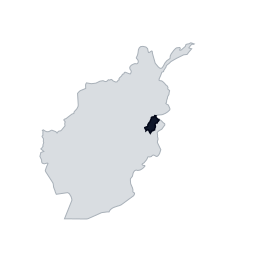 Afghanistan, with Paktya highlighted, rotated 338°
{"feature_id": "AFG-3413", "entity_name": "Paktya", "entity_type": "Province", "adm_level": 1, "iso_a3": "AFG", "parent_name": "Afghanistan", "parent_adm1": "", "projection": "orthographic", "projection_center": [69.398, 33.616], "detail": "fine", "context": "in_parent", "style": "filled", "palette": "ink", "viewbox_px": 256, "rotation_deg": 338, "n_neighbors": 0, "source": "natural_earth", "source_scale": "10m", "svg_char_len": 5191}
<svg xmlns="http://www.w3.org/2000/svg" viewBox="0 0 256 256"><g transform="rotate(338 128 128)"><path d="M115.1,74.4L119.6,74.1L122.6,74.8L124.2,76.4L125.7,76.8L127.3,76.1L128.2,76.0L128.6,76.5L129.4,76.7L130.5,76.6L131.2,77.1L131.3,78.0L132.2,79.2L133.7,80.7L135.1,81.1L136.9,80.0L137.6,80.1L137.9,79.8L138.1,78.9L139.2,78.2L141.2,77.5L142.3,76.8L142.7,76.3L143.4,76.1L144.2,76.3L144.7,76.1L145.1,75.4L145.8,75.1L146.4,75.3L149.2,77.9L150.2,78.7L150.7,78.6L152.1,77.1L152.3,75.8L151.9,74.1L152.2,72.7L153.1,71.7L154.8,71.0L157.2,70.8L158.7,70.9L159.3,71.4L160.0,71.7L160.9,71.8L161.8,71.2L162.6,69.9L162.6,68.3L161.9,66.4L162.1,65.8L163.3,64.8L164.6,63.4L165.8,61.5L167.0,59.3L168.5,57.9L170.2,57.3L172.4,57.9L174.9,59.6L175.9,61.7L175.4,64.3L175.3,65.7L175.9,66.0L178.7,65.4L179.1,65.8L179.1,66.5L178.7,67.6L178.3,70.6L177.5,78.1L178.9,82.6L179.8,84.3L180.6,84.9L181.5,85.1L182.4,84.9L184.1,83.7L186.7,81.5L189.3,80.1L193.0,79.3L194.2,77.0L195.9,75.4L199.7,73.1L201.9,72.1L203.1,71.9L206.1,72.7L206.3,73.3L206.1,74.1L205.3,74.7L205.1,75.2L205.4,75.5L206.6,75.6L211.8,73.8L212.9,72.4L214.0,72.3L216.2,72.8L217.9,72.5L218.8,73.0L220.9,74.9L220.3,75.0L219.4,74.7L218.8,74.1L216.8,75.0L214.5,76.4L214.5,76.7L216.7,78.4L212.5,80.6L210.6,81.8L210.1,81.9L207.1,81.0L198.9,81.6L192.7,82.5L190.3,83.5L188.0,84.1L186.8,84.7L186.1,85.7L182.7,88.1L182.1,89.0L180.2,89.0L178.2,91.3L175.3,94.1L174.7,95.3L175.2,96.0L176.8,96.9L177.5,97.8L178.7,100.4L179.2,102.3L179.9,103.0L180.3,105.2L179.6,106.5L179.6,107.1L180.6,108.8L180.4,109.3L179.7,110.1L178.5,112.2L176.5,113.8L175.6,115.3L174.2,116.8L173.6,118.1L173.0,118.9L172.3,119.2L172.5,119.9L173.1,120.8L174.0,121.8L174.1,125.7L173.6,126.8L170.9,127.9L168.4,128.4L165.2,128.5L164.1,128.3L159.7,126.9L158.3,127.7L158.1,129.4L160.6,132.2L161.6,133.7L162.7,136.4L163.6,137.7L163.3,139.0L158.8,141.8L155.9,142.1L154.2,142.6L153.3,143.3L152.6,146.2L152.0,147.3L152.0,148.6L151.4,150.1L150.5,151.0L149.8,152.5L150.3,160.4L147.7,163.5L146.2,164.6L144.8,165.2L143.6,165.0L142.2,163.2L141.2,162.5L140.1,162.6L139.1,163.2L137.4,163.0L136.0,162.3L135.3,162.4L134.9,163.0L133.3,164.4L129.6,166.4L128.0,166.5L127.4,167.0L127.6,167.8L128.3,168.5L129.4,169.0L129.5,169.6L127.6,170.6L125.6,171.2L123.4,171.5L121.1,171.0L119.9,170.1L118.5,170.0L117.2,170.6L115.9,171.7L114.0,174.4L111.2,176.0L110.5,177.7L109.6,180.7L109.7,185.3L109.4,187.3L108.7,188.6L108.8,189.6L109.7,190.8L109.3,191.6L108.5,192.4L107.8,192.9L92.8,196.7L90.4,196.7L89.1,196.5L84.9,196.3L83.2,196.5L81.4,197.0L80.1,197.7L79.0,198.7L77.3,198.0L71.8,196.6L56.8,197.1L55.4,196.8L35.1,188.4L48.9,174.0L49.3,172.8L49.5,170.3L49.0,166.9L47.8,165.3L36.7,162.6L36.6,159.9L36.8,158.8L36.8,156.5L36.9,154.8L37.7,152.0L37.8,150.7L35.3,137.7L35.4,136.4L37.7,133.7L40.5,131.0L40.4,130.5L39.2,130.1L37.2,129.9L36.2,129.3L35.4,128.5L35.2,127.3L35.9,125.3L35.7,121.3L38.0,118.1L41.2,118.2L39.8,115.6L39.5,115.3L39.4,114.9L39.6,114.5L40.4,114.4L42.5,113.0L42.6,112.1L44.4,109.9L44.4,108.9L45.6,106.3L45.2,104.4L45.2,103.4L46.4,102.9L47.3,100.4L47.8,99.8L47.9,99.2L47.7,98.1L48.8,98.0L49.7,99.4L51.1,100.9L52.1,101.4L53.3,101.7L56.1,101.4L56.7,101.6L59.5,104.2L59.9,104.8L60.1,105.8L60.5,106.1L61.6,105.3L62.6,105.0L64.5,105.4L65.5,105.1L70.4,102.4L70.9,100.5L71.4,99.5L72.1,98.9L71.5,96.6L71.8,96.2L72.4,96.0L74.0,96.1L81.2,94.1L83.1,94.2L83.5,94.0L83.7,93.4L84.3,92.7L87.7,91.1L89.8,89.3L90.5,88.0L94.2,77.0L96.0,76.1L97.7,75.5L103.6,75.5L104.8,72.2L105.4,71.4L106.4,70.6L110.6,73.2L115.1,74.4Z" fill="#d9dde1" stroke="#a8b0b8" stroke-width="1"/><path d="M158.5,127.2L158.3,127.3L158.1,127.5L158.1,128.0L157.9,128.5L157.7,128.7L157.8,128.9L158.2,129.3L158.3,129.5L158.5,130.1L158.6,130.4L158.9,130.8L159.0,131.1L159.1,131.4L159.3,131.7L159.5,131.8L159.8,131.8L159.8,132.1L159.7,132.2L159.7,132.3L159.5,132.6L159.4,132.6L159.0,132.7L158.7,133.0L158.4,133.1L158.1,133.2L157.8,133.3L157.7,133.4L157.5,133.5L157.1,134.1L156.9,133.9L156.0,134.0L155.2,134.3L154.8,134.5L154.3,134.8L154.3,135.0L154.1,135.4L154.0,135.6L154.0,135.8L154.2,136.0L153.9,137.1L153.7,137.4L153.6,137.5L153.3,137.7L152.6,138.4L152.6,138.5L152.5,138.8L152.2,139.1L152.1,139.3L151.9,139.7L151.7,139.6L151.3,139.6L150.7,139.8L150.2,139.8L149.8,139.5L149.7,139.4L149.5,139.2L149.4,139.2L149.3,139.3L149.3,139.5L149.2,139.7L148.8,140.0L148.1,140.3L147.6,140.6L147.2,140.9L147.0,141.1L146.8,141.1L146.7,141.2L146.6,140.7L146.5,140.4L146.5,140.2L146.4,139.3L146.4,139.0L146.5,138.2L146.4,138.0L146.4,137.9L146.2,137.6L146.0,137.3L146.0,137.2L145.9,137.2L145.6,137.0L145.4,137.1L145.2,137.1L144.9,136.9L144.6,137.0L143.6,137.3L143.7,137.1L144.0,136.4L144.0,136.2L143.9,135.8L143.7,135.5L143.7,135.3L143.6,135.0L143.6,134.5L143.7,133.9L145.6,133.9L145.8,133.9L146.1,134.1L146.3,134.1L146.5,134.0L146.8,133.9L147.1,133.7L147.3,133.2L147.5,132.8L147.7,132.4L147.8,132.2L148.0,132.1L149.3,131.1L150.6,130.5L151.0,130.2L151.2,129.9L151.9,129.2L152.0,129.1L152.5,128.6L152.8,128.4L153.0,128.2L153.3,127.6L153.4,127.3L153.5,127.2L153.8,127.0L154.0,126.9L154.3,126.9L155.0,127.0L155.5,127.1L155.7,127.3L155.7,127.5L155.8,127.7L156.1,127.6L156.8,127.2L157.3,126.6L157.5,126.5L158.4,127.1L158.5,127.2Z" fill="#0f172a" stroke="#020617" stroke-width="1.5"/></g></svg>